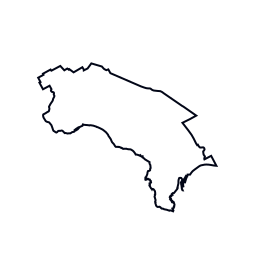 Hobsons Bay, Victoria, Australia (Mercator projection), rotated 54°
{"feature_id": "25037944B90171787297249", "entity_name": "Hobsons Bay", "entity_type": "district", "adm_level": 2, "iso_a3": "AUS", "parent_name": "Australia", "parent_adm1": "Victoria", "projection": "mercator", "projection_center": [144.848, -37.857], "detail": "fine", "context": "isolated", "style": "outline", "palette": "ink", "viewbox_px": 256, "rotation_deg": 54, "n_neighbors": 0, "source": "geoboundaries", "source_scale": "gbopen_adm2", "svg_char_len": 5804}
<svg xmlns="http://www.w3.org/2000/svg" viewBox="0 0 256 256"><g transform="rotate(54 128 128)"><path d="M121.1,78.6L118.9,79.3L117.2,80.2L115.4,82.3L113.4,84.5L112.6,85.3L111.3,86.1L109.5,86.6L108.9,87.0L107.4,88.9L106.4,89.9L104.8,91.1L101.9,93.1L73.3,110.0L69.0,109.5L68.5,111.5L67.8,111.9L66.3,112.6L65.2,112.8L62.9,113.0L54.2,119.7L56.1,125.7L55.4,129.9L54.6,129.4L52.0,129.2L51.0,139.3L45.6,141.0L45.5,141.3L45.8,141.7L44.2,142.2L43.9,145.6L38.0,146.3L36.6,156.3L36.4,156.4L35.2,156.3L34.1,164.9L35.3,165.1L34.5,171.1L39.4,171.8L39.2,173.0L46.7,174.0L47.7,166.6L51.6,167.1L52.2,168.2L52.9,168.5L53.9,168.4L54.6,167.9L54.6,167.7L55.4,167.3L55.6,167.2L56.1,167.3L56.7,167.7L57.0,168.2L57.7,168.5L58.6,168.6L59.2,169.1L60.4,171.4L61.5,172.7L62.0,173.8L62.4,175.0L62.9,176.4L64.3,179.3L64.5,179.5L66.0,180.1L66.5,180.5L67.7,181.9L67.9,182.4L67.9,182.9L67.7,183.6L67.6,185.7L67.4,187.6L67.3,187.9L67.2,188.3L67.3,188.7L67.8,189.2L68.4,189.6L69.9,190.2L74.1,190.5L75.2,190.0L75.9,189.5L76.8,188.7L77.2,188.5L80.7,188.3L83.5,189.1L85.6,189.8L86.7,189.9L87.6,189.4L88.5,189.2L89.5,188.7L89.7,187.8L89.4,186.6L89.5,186.0L89.7,185.5L90.5,184.5L90.9,183.5L91.1,183.1L91.5,182.8L91.9,182.6L94.9,182.2L95.1,181.7L96.7,180.3L96.9,180.2L97.6,178.9L98.4,177.9L98.5,176.9L98.5,175.8L98.6,175.4L99.3,174.0L99.3,173.3L99.0,172.7L99.0,172.4L99.3,171.7L99.4,171.1L99.4,170.4L99.5,169.4L99.4,169.1L99.2,168.2L99.0,168.4L99.3,169.2L99.3,169.5L99.2,170.4L99.2,170.9L99.1,171.4L99.0,171.7L98.8,171.6L98.6,172.1L98.3,172.2L98.2,170.9L98.3,168.0L98.4,167.4L98.6,167.0L98.9,166.0L99.1,164.9L99.4,163.8L99.4,163.4L98.8,162.8L98.6,162.3L99.4,161.9L102.1,158.8L103.3,157.6L103.3,157.4L103.4,157.1L104.0,156.4L105.7,154.7L108.5,152.7L108.8,152.7L109.6,152.0L112.1,150.6L114.3,149.5L115.5,149.1L118.5,148.3L121.7,148.1L122.6,148.4L126.8,148.5L129.4,149.1L130.3,149.2L132.7,148.9L135.1,149.1L136.0,149.0L137.2,147.5L137.3,147.2L137.7,147.0L137.9,146.5L138.2,146.2L138.8,145.8L139.1,145.7L139.6,145.3L140.2,145.2L140.2,144.9L140.4,144.8L141.3,144.3L141.9,144.3L142.4,143.7L142.8,142.9L143.3,142.3L143.7,141.6L144.3,141.2L145.0,140.6L145.1,140.4L145.7,139.9L146.4,138.9L147.1,138.3L148.8,137.6L149.9,137.3L151.4,137.2L152.8,137.2L154.0,137.4L154.4,136.8L155.3,136.0L155.5,135.9L156.0,135.5L156.9,135.0L157.0,134.9L156.9,134.7L157.2,134.4L157.4,134.3L157.4,134.2L157.6,134.3L157.4,134.7L157.7,134.6L158.0,134.3L158.5,134.1L158.6,133.9L159.3,133.7L159.2,133.1L159.3,132.9L160.2,132.2L159.4,133.0L159.6,133.4L160.3,133.5L160.6,133.3L160.9,133.3L161.1,133.1L161.7,133.0L163.7,132.6L164.9,132.0L165.4,131.9L166.3,131.4L166.8,131.3L168.2,130.6L169.3,131.4L170.4,131.7L171.1,131.7L173.5,133.1L173.8,133.4L173.8,133.8L174.0,134.0L175.1,134.9L175.2,135.2L175.0,136.4L174.6,137.0L174.9,137.6L175.3,138.2L176.5,139.3L177.2,140.3L177.5,140.9L177.8,141.3L178.2,142.3L178.2,142.8L178.4,143.0L179.0,142.9L179.1,143.2L178.9,143.5L179.2,143.7L179.4,143.7L179.6,144.1L180.2,144.3L180.6,143.5L180.7,143.0L180.4,142.9L180.5,142.7L180.4,142.2L180.7,141.7L181.0,141.6L181.3,141.7L182.0,141.4L182.2,140.8L182.3,140.7L182.8,140.7L183.3,140.8L183.7,141.1L184.3,140.8L184.4,141.0L185.4,141.2L185.6,141.3L185.7,141.5L185.4,143.1L185.9,143.4L186.1,143.4L186.3,143.6L186.6,143.5L187.0,143.7L187.0,144.4L187.1,144.5L190.6,144.8L191.1,144.5L191.7,144.6L191.6,144.4L191.8,143.9L192.1,143.6L192.8,143.3L194.2,143.3L195.1,143.4L196.8,144.3L197.2,144.7L197.5,145.2L197.8,145.1L198.7,146.2L198.8,146.5L199.3,147.0L200.0,147.1L200.9,147.5L202.4,148.0L202.9,148.5L203.2,148.6L203.4,149.2L204.0,149.6L204.6,149.6L204.8,150.0L205.0,150.1L205.7,150.3L207.4,150.9L208.3,150.8L209.0,150.6L209.3,150.4L209.7,149.8L210.1,148.9L210.5,148.6L210.9,148.6L211.0,148.5L211.5,148.3L212.4,148.3L213.3,147.9L213.5,147.4L213.7,147.2L214.3,146.8L214.9,146.6L216.2,145.4L216.8,144.8L219.1,143.2L219.3,143.0L219.3,142.5L219.5,142.3L220.0,141.7L221.9,140.5L221.4,139.7L219.8,139.5L219.3,139.4L219.6,138.8L219.6,138.3L219.1,137.9L219.2,137.7L218.5,137.0L218.7,136.8L217.3,135.4L215.2,134.7L215.1,135.1L214.4,134.9L214.2,135.6L213.9,136.0L213.5,135.9L213.7,135.4L212.8,135.0L212.0,135.7L211.8,135.7L211.3,135.3L211.0,135.8L210.9,135.8L211.1,135.3L210.8,135.1L210.6,135.6L209.7,135.3L208.9,134.7L208.6,134.9L208.2,134.5L208.0,133.9L208.5,133.8L208.5,133.7L208.5,133.3L208.2,133.4L208.6,133.2L208.4,132.7L208.1,132.7L208.0,132.1L208.2,131.5L207.2,131.5L207.1,130.9L207.0,130.3L207.0,130.0L207.4,129.5L207.6,129.4L207.6,128.9L206.4,124.5L206.4,124.2L205.9,123.3L205.6,123.5L205.4,123.3L204.9,122.6L202.4,119.7L201.0,118.7L199.9,117.8L198.9,116.5L198.6,116.1L198.7,115.6L199.0,115.1L199.3,114.7L199.8,114.3L200.7,114.3L201.8,114.5L202.0,114.7L202.3,115.1L202.4,115.5L202.7,116.0L203.1,117.1L203.4,117.4L203.9,117.4L205.0,118.2L205.9,118.5L208.9,120.2L210.2,120.5L210.4,120.5L210.5,120.4L208.7,120.0L205.1,117.9L204.2,117.2L203.5,116.2L202.9,114.7L202.6,113.7L201.8,111.2L201.0,109.7L200.9,109.4L201.2,109.4L202.5,110.6L203.3,113.5L203.8,113.5L204.2,114.7L205.0,115.8L205.6,116.4L207.2,117.4L208.0,117.8L208.6,117.9L207.4,117.4L205.9,116.5L204.9,115.6L204.6,115.2L204.2,114.3L203.4,111.6L204.0,112.1L205.4,113.9L205.5,113.8L203.4,111.1L202.0,109.0L201.4,108.7L201.4,108.4L201.7,108.5L201.8,108.4L201.2,107.9L201.2,107.4L200.8,107.1L202.2,105.2L201.4,103.1L200.9,101.0L200.8,98.2L200.8,93.0L200.9,91.9L201.1,91.0L201.5,90.1L202.8,87.3L203.7,86.0L204.7,84.7L206.0,83.3L208.9,80.5L210.5,78.7L199.4,77.1L198.3,84.6L197.9,84.5L197.3,84.0L196.4,82.7L196.2,82.5L194.2,82.5L193.6,82.3L191.5,81.2L191.1,80.9L190.9,79.8L190.5,79.0L190.2,78.6L189.1,78.2L188.3,78.3L187.8,78.6L186.6,80.6L186.1,81.2L184.6,81.5L182.6,81.3L182.5,82.1L180.5,82.0L175.3,81.1L170.9,80.6L165.5,80.6L155.8,80.9L157.3,72.1L157.4,71.1L158.1,65.5L143.0,70.7L142.3,71.1L121.1,78.6Z" fill="none" stroke="#020617" stroke-width="2"/></g></svg>